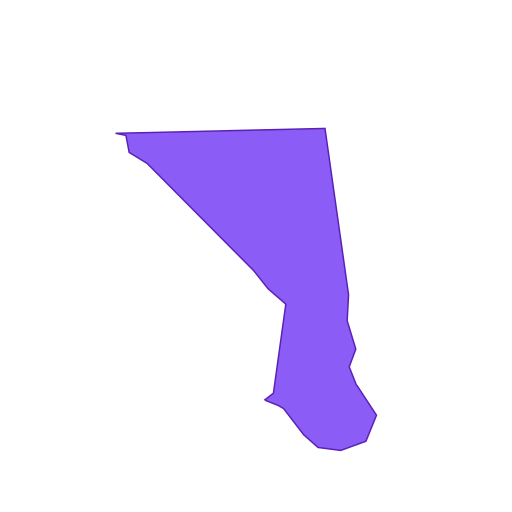 Capital Hill, Castries, Saint Lucia (Robinson projection), rotated 206°
{"feature_id": "8701671B59019630539263", "entity_name": "Capital Hill", "entity_type": "district", "adm_level": 2, "iso_a3": "LCA", "parent_name": "Saint Lucia", "parent_adm1": "Castries", "projection": "robinson", "projection_center": [-60.991, 13.993], "detail": "fine", "context": "isolated", "style": "filled", "palette": "violet", "viewbox_px": 512, "rotation_deg": 206, "n_neighbors": 0, "source": "geoboundaries", "source_scale": "gbopen_adm2", "svg_char_len": 480}
<svg xmlns="http://www.w3.org/2000/svg" viewBox="0 0 512 512"><g transform="rotate(206 256 256)"><path d="M436.0,304.7L425.8,307.4L415.4,293.5L394.5,291.5L251.6,241.8L230.7,231.8L208.1,225.8L180.2,140.3L185.0,130.7L183.7,130.4L170.5,131.4L164.4,131.0L134.7,116.2L116.3,111.1L94.6,118.4L76.0,137.7L77.9,165.7L108.0,183.6L109.5,184.3L123.6,197.2L125.5,216.1L145.7,237.8L155.8,261.7L249.5,400.3L249.9,400.9L436.0,304.7Z" fill="#8b5cf6" stroke="#5b21b6" stroke-width="1.5"/></g></svg>